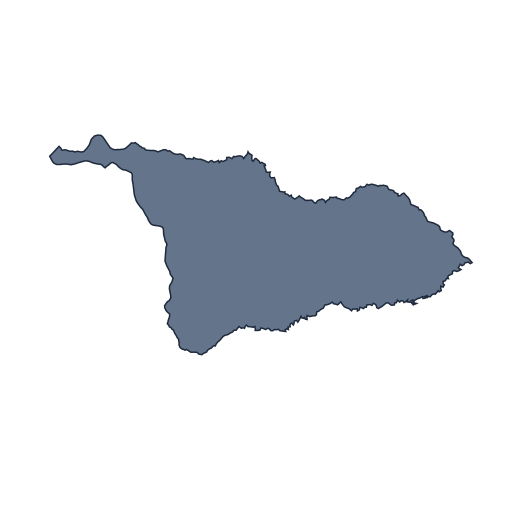 São Félix do Tocantins, Tocantins, Brazil (Natural Earth projection), rotated 186°
{"feature_id": "56859067B86088518377139", "entity_name": "São Félix do Tocantins", "entity_type": "district", "adm_level": 2, "iso_a3": "BRA", "parent_name": "Brazil", "parent_adm1": "Tocantins", "projection": "natural_earth1", "projection_center": [-46.69, -10.044], "detail": "fine", "context": "isolated", "style": "filled", "palette": "slate", "viewbox_px": 512, "rotation_deg": 186, "n_neighbors": 0, "source": "geoboundaries", "source_scale": "gbopen_adm2", "svg_char_len": 6082}
<svg xmlns="http://www.w3.org/2000/svg" viewBox="0 0 512 512"><g transform="rotate(186 256 256)"><path d="M81.5,232.7L80.0,233.8L78.5,233.6L77.1,235.8L75.4,236.9L73.7,236.7L71.1,240.6L70.1,239.5L68.1,241.0L68.8,242.9L69.1,245.3L66.7,244.6L65.7,247.0L67.0,248.0L67.3,250.3L65.3,251.0L64.2,253.5L62.2,253.6L63.2,255.3L62.3,256.8L58.8,258.8L59.1,260.9L57.6,262.3L54.8,261.6L52.6,262.6L50.7,263.9L53.6,265.4L52.0,269.2L50.2,267.9L48.3,269.1L47.7,270.9L44.2,272.1L42.1,270.8L40.4,272.0L43.3,274.8L45.4,276.2L47.7,276.4L49.8,277.2L51.6,278.8L53.0,281.9L54.6,283.7L56.2,285.2L60.1,287.3L61.5,289.1L60.6,291.8L61.2,293.5L62.3,294.4L63.3,295.7L62.4,297.8L62.7,299.5L66.3,301.6L68.8,299.8L70.8,299.6L73.2,300.2L75.3,301.2L76.6,304.5L78.1,305.6L83.0,307.4L87.4,308.0L89.2,308.6L91.1,312.2L92.6,313.7L93.6,316.0L95.0,317.7L96.9,319.2L98.6,318.9L99.9,321.3L101.9,321.8L104.8,322.8L107.3,323.4L109.1,327.9L110.9,330.1L112.7,331.5L115.4,334.0L117.0,333.2L118.9,331.1L121.0,330.6L121.2,332.6L123.6,333.2L125.1,334.0L126.1,335.4L130.9,336.1L133.0,339.2L136.9,339.7L138.7,339.1L140.4,339.1L141.5,338.1L143.1,338.7L147.7,339.5L149.5,339.3L150.7,338.3L153.2,338.9L154.6,336.5L156.3,335.8L157.9,335.5L159.4,336.2L161.3,334.3L163.3,333.6L163.7,330.5L165.7,329.2L166.4,327.5L167.6,326.2L168.5,324.6L170.8,323.1L172.2,323.3L174.2,321.1L176.6,321.0L179.8,321.9L181.2,321.7L182.1,323.1L184.7,322.4L186.6,322.1L188.6,322.2L189.1,320.2L191.3,318.6L192.5,316.5L193.8,318.6L196.4,319.6L197.5,318.7L199.1,318.4L200.8,317.1L202.2,314.7L203.9,315.3L205.6,317.0L207.0,317.4L208.9,316.9L212.7,316.5L214.4,317.6L218.1,319.4L219.3,320.3L220.9,318.6L223.4,316.7L226.6,318.4L227.3,320.2L229.1,318.9L230.8,320.5L233.8,321.0L233.9,322.8L235.3,322.5L239.3,322.8L241.3,327.6L242.8,328.5L244.4,331.6L245.0,333.9L246.0,335.9L249.2,335.3L250.6,336.7L251.0,339.0L250.6,341.0L253.0,340.4L254.6,340.7L255.1,342.3L257.3,346.5L256.0,346.9L256.6,348.3L258.2,348.8L260.0,349.7L261.7,348.9L262.5,350.4L263.8,351.2L265.6,352.7L267.0,352.9L267.9,351.6L268.7,349.9L270.0,350.8L270.4,352.8L270.5,355.8L273.8,357.5L274.8,358.8L275.1,356.8L277.1,354.0L278.5,351.6L280.0,353.5L282.4,353.9L285.0,353.4L286.6,352.6L288.7,352.7L290.1,350.3L292.9,351.4L295.4,350.9L295.3,348.6L298.8,346.5L300.6,347.1L302.4,345.1L303.3,347.1L305.0,346.0L307.7,344.8L310.0,346.3L311.4,345.7L312.9,344.1L315.1,344.7L317.2,345.6L318.6,345.8L320.9,346.5L323.0,346.2L325.7,346.3L328.3,347.4L328.8,345.9L330.7,345.7L332.8,346.0L334.8,345.4L336.2,345.8L338.4,348.5L341.0,349.4L342.8,349.5L344.1,348.9L347.6,348.9L349.5,349.7L352.8,351.6L355.1,351.2L356.6,352.2L358.9,352.1L364.4,349.3L366.1,349.9L368.9,350.3L370.7,350.0L375.7,349.8L377.1,350.1L378.1,351.4L380.4,351.7L381.9,352.7L383.6,353.3L384.9,354.5L386.5,355.2L387.8,356.2L389.4,355.5L391.8,355.4L393.7,353.0L395.5,351.0L397.5,349.1L398.7,348.5L403.2,347.5L405.3,347.4L406.7,346.9L409.6,347.2L412.4,348.5L419.2,356.6L420.8,358.4L422.8,359.8L424.2,359.8L426.4,359.6L429.3,358.4L432.0,354.8L433.3,349.4L434.9,346.3L438.1,341.9L440.7,341.1L444.6,341.5L446.9,340.5L449.3,341.1L452.1,340.7L456.3,341.7L458.1,341.4L459.9,340.9L461.5,342.9L463.3,344.5L471.6,333.6L468.2,328.6L466.5,327.1L463.9,326.2L459.9,326.6L457.9,327.2L453.3,327.7L449.6,327.4L445.2,328.9L442.9,330.0L436.4,332.6L434.2,332.9L431.4,332.6L427.9,331.5L422.8,330.9L420.6,331.0L418.6,330.4L417.1,329.0L415.3,327.9L413.6,329.9L412.2,330.9L411.1,332.4L409.4,333.7L408.1,334.0L404.6,332.6L401.3,329.8L398.1,328.1L396.8,327.8L394.9,327.9L390.9,326.6L388.7,325.7L387.6,324.3L387.0,318.6L385.8,314.7L383.4,304.2L381.0,298.6L379.3,296.2L375.5,292.1L373.5,290.5L370.0,285.3L368.5,283.6L366.6,280.2L365.0,278.1L363.4,276.6L361.2,275.9L355.1,275.7L352.1,274.9L350.9,273.0L350.1,267.9L347.7,261.1L346.3,259.4L345.8,257.5L346.4,255.1L346.0,241.6L343.9,237.3L340.2,231.7L339.3,228.8L336.2,225.4L336.9,221.5L338.8,217.3L338.7,214.2L336.6,207.5L336.4,205.2L337.6,202.6L339.3,201.4L341.7,197.1L341.3,194.9L339.7,192.3L337.9,190.7L335.9,189.4L335.6,186.9L336.5,183.2L336.7,181.1L337.1,179.4L335.4,177.8L334.7,176.4L333.1,175.9L331.9,174.4L330.4,173.7L328.6,170.4L327.1,168.7L325.7,166.4L324.2,165.2L324.0,163.5L323.4,161.8L323.3,159.6L321.9,157.0L319.5,155.6L318.1,155.5L316.7,154.9L315.2,155.8L310.9,153.5L306.1,154.0L304.4,154.0L302.7,152.5L299.5,152.2L298.3,153.5L295.0,155.4L294.4,157.2L292.4,158.9L290.8,159.7L289.9,161.1L288.4,162.5L287.0,162.3L286.4,164.4L284.8,166.8L283.4,168.0L280.5,172.3L278.8,173.8L275.5,175.0L274.1,176.3L271.2,178.1L270.2,179.9L268.0,180.1L265.6,184.1L263.0,182.6L261.2,183.3L259.9,182.9L259.3,185.1L258.2,186.3L256.6,184.9L254.0,185.1L251.4,184.8L249.8,185.8L249.1,183.6L249.0,181.9L246.7,182.1L244.3,182.7L243.7,184.9L242.0,184.8L238.6,183.9L236.8,185.4L235.0,184.9L233.6,183.3L231.3,183.5L229.9,184.9L228.2,184.7L226.1,185.5L224.5,184.2L218.5,184.0L219.3,185.7L217.8,186.7L216.1,186.3L216.8,188.7L214.7,189.1L214.9,191.7L213.4,193.1L211.7,191.3L211.1,192.8L211.2,195.2L209.0,196.2L207.5,194.6L206.6,196.3L204.9,200.7L204.1,199.3L202.5,198.9L201.3,199.9L200.5,198.4L198.5,198.2L199.0,200.0L198.9,202.2L197.6,201.7L196.2,201.4L192.9,202.5L190.9,202.7L189.8,203.8L189.8,206.9L188.0,207.5L185.5,210.1L183.8,210.9L182.2,214.7L180.6,214.8L177.6,216.2L175.4,218.1L173.9,216.6L172.0,216.5L169.7,216.0L168.5,217.2L166.9,219.3L165.0,216.9L162.9,214.8L161.5,214.2L157.9,213.3L155.2,211.5L154.4,213.3L151.9,213.5L149.8,213.9L149.4,211.9L147.6,213.2L147.3,215.8L145.6,215.7L143.7,214.9L142.5,216.5L140.9,216.6L140.6,219.0L137.3,219.6L135.5,219.0L134.4,221.2L132.6,220.6L131.3,219.5L130.5,217.3L128.8,216.5L127.7,217.5L125.9,218.6L121.5,222.9L119.5,223.2L116.6,221.3L114.9,221.4L113.3,221.8L113.1,224.0L111.5,224.2L110.7,226.9L108.4,225.2L106.7,226.8L105.2,226.7L103.9,225.2L102.2,226.3L100.7,228.1L100.8,226.2L98.0,226.1L97.0,227.6L95.5,228.7L94.6,227.2L93.2,228.7L91.7,229.9L90.2,230.8L88.8,231.2L86.2,233.0L85.5,231.2L84.0,231.6L81.5,232.7ZM81.5,232.7L84.0,233.3L81.8,234.5L81.5,232.7ZM93.8,225.9L94.6,227.2L96.5,225.8L94.6,223.9L93.8,225.9ZM93.8,225.9L93.0,224.6L91.4,225.6L93.8,225.9Z" fill="#64748b" stroke="#1e293b" stroke-width="1.5"/></g></svg>